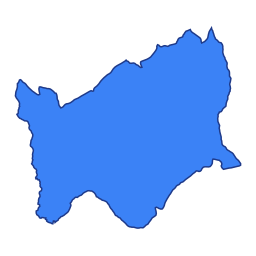 outline of Kimilili, Western, Kenya
{"feature_id": "3690345B99583391945286", "entity_name": "Kimilili", "entity_type": "district", "adm_level": 2, "iso_a3": "KEN", "parent_name": "Kenya", "parent_adm1": "Western", "projection": "robinson", "projection_center": [34.729, 0.788], "detail": "fine", "context": "isolated", "style": "filled", "palette": "blue", "viewbox_px": 256, "rotation_deg": 0, "n_neighbors": 0, "source": "geoboundaries", "source_scale": "gbopen_adm2", "svg_char_len": 5727}
<svg xmlns="http://www.w3.org/2000/svg" viewBox="0 0 256 256"><path d="M36.2,213.0L36.8,214.7L37.9,215.4L38.9,216.4L39.6,217.8L41.0,218.2L41.9,217.5L43.2,217.6L44.5,218.0L45.8,218.0L45.5,219.4L46.8,219.9L46.7,221.1L47.9,222.0L49.2,222.6L50.7,222.9L51.6,223.5L52.8,223.8L53.4,221.0L54.7,221.1L55.0,222.5L56.2,221.4L58.1,220.2L58.7,218.7L60.0,217.8L60.9,216.7L62.0,216.4L64.1,215.2L65.2,214.2L66.7,213.1L68.2,211.7L69.6,209.0L70.9,205.6L70.7,204.3L70.2,203.2L71.5,201.8L72.2,200.2L72.9,199.4L73.8,198.9L74.5,198.0L75.7,197.2L77.3,197.4L79.6,195.7L81.0,195.3L82.2,194.4L83.0,193.4L84.0,192.7L85.2,192.0L86.6,191.4L87.5,190.8L89.0,190.7L90.4,191.0L91.7,191.0L93.3,192.0L94.4,192.9L95.3,194.1L96.0,195.5L96.4,196.7L97.6,197.1L99.5,198.6L100.7,199.0L101.5,199.8L102.6,200.3L104.0,200.6L106.3,201.7L107.2,202.5L107.8,203.7L108.7,204.4L110.0,207.2L110.9,208.6L111.9,209.6L113.0,211.3L113.9,212.4L115.5,215.4L116.8,215.8L117.7,216.7L118.8,217.5L120.1,218.0L121.7,220.1L122.7,220.8L125.6,223.4L126.8,224.9L128.0,226.0L129.3,226.7L132.0,227.2L133.8,227.2L136.7,228.0L137.9,228.1L139.3,228.0L140.5,227.6L143.0,227.8L144.5,226.7L145.9,225.2L147.2,224.5L148.2,223.8L148.8,222.6L150.7,220.2L152.2,217.9L154.5,216.4L155.9,215.3L156.3,213.5L156.0,211.1L155.5,209.3L155.3,207.8L156.3,207.2L157.7,207.7L158.8,208.4L159.9,208.8L161.0,209.1L162.4,208.9L163.5,207.3L164.3,205.5L164.7,203.8L165.3,202.2L166.3,200.4L166.8,199.4L168.8,196.1L169.6,194.8L170.4,193.9L171.9,191.3L172.9,189.8L174.1,188.9L175.4,187.6L176.3,186.1L177.6,185.1L178.7,184.8L179.8,183.9L180.5,182.8L181.7,182.3L182.9,181.9L184.0,181.0L185.5,179.6L189.5,176.7L190.6,175.9L192.8,173.8L194.8,172.4L196.3,170.9L197.9,171.1L199.0,171.5L200.4,171.1L201.2,170.3L202.0,168.6L203.3,167.2L204.8,166.8L206.2,166.8L208.5,166.9L210.0,166.6L211.1,165.5L211.8,164.4L212.3,163.2L212.5,160.3L213.0,159.1L214.3,159.2L218.0,160.1L219.3,160.3L221.3,162.2L221.8,163.6L221.7,164.9L221.2,165.9L221.6,167.1L222.4,168.3L223.5,169.3L228.8,168.1L231.4,167.8L236.3,166.6L239.4,165.9L240.6,165.2L240.6,163.5L239.5,162.0L238.5,160.5L236.4,158.7L235.6,157.6L233.1,153.7L232.0,152.7L229.9,151.5L228.9,150.7L227.8,150.2L226.7,149.3L226.2,148.1L225.2,146.8L224.1,146.3L223.2,145.7L222.2,144.6L221.9,143.0L221.7,140.9L221.1,139.2L221.2,138.1L221.1,136.7L219.8,131.8L219.6,129.9L219.2,128.3L219.6,125.4L218.9,124.0L218.4,122.6L217.9,121.5L217.8,119.8L217.7,118.1L218.1,116.6L218.0,114.5L218.9,113.3L219.3,112.1L220.4,111.9L221.3,111.5L222.0,110.5L222.9,108.8L224.2,107.6L225.1,106.9L225.9,106.2L226.2,103.3L226.5,102.3L227.0,100.7L227.7,99.4L227.8,97.7L227.7,96.5L228.2,95.4L229.0,94.0L229.3,92.4L230.1,91.2L230.1,89.8L230.5,88.5L230.2,86.4L229.7,84.7L229.8,83.4L230.3,81.9L230.7,79.7L230.9,78.3L230.2,77.2L229.5,76.2L229.5,72.9L229.3,71.3L228.6,70.1L227.5,68.9L227.0,66.9L226.9,65.4L227.1,64.2L227.1,62.9L226.5,61.7L225.1,59.1L224.8,57.5L224.1,56.5L223.6,55.4L222.8,52.7L222.8,51.0L223.0,49.5L222.8,47.8L222.8,46.2L222.3,44.5L221.1,42.8L219.7,42.5L218.6,42.0L217.7,40.7L216.7,39.8L215.4,38.9L215.1,37.7L214.4,36.5L213.5,33.4L213.1,32.4L212.7,30.8L211.8,29.4L211.5,27.9L210.0,30.3L209.2,31.7L208.5,34.1L207.8,37.7L207.1,39.0L204.6,41.6L203.1,42.3L201.7,43.0L201.2,41.8L200.9,39.3L200.0,37.9L194.1,33.6L192.2,32.4L190.9,31.0L190.3,29.5L187.8,30.6L186.0,31.2L184.9,32.6L184.0,34.1L183.1,35.2L182.7,36.8L181.3,37.4L179.9,37.8L178.9,38.3L178.0,39.4L177.7,40.5L176.9,41.7L176.4,43.2L175.1,43.9L169.8,45.2L168.8,45.9L167.9,46.4L165.0,45.7L163.9,45.8L162.1,46.6L161.0,46.8L159.9,46.4L158.8,45.2L157.6,44.7L156.8,46.2L156.9,47.9L156.5,49.2L155.7,50.6L154.4,52.4L150.7,57.0L148.6,58.4L146.9,59.3L141.9,61.2L140.8,61.8L140.5,63.0L140.8,64.5L141.5,66.1L141.9,67.3L140.7,67.5L139.4,66.6L138.0,65.3L136.2,64.6L135.0,63.5L133.7,63.0L131.0,63.3L129.6,63.1L128.3,61.5L126.9,61.0L126.1,60.1L125.0,61.1L121.3,63.4L117.2,65.6L115.1,67.0L113.4,68.7L110.8,72.6L109.3,73.7L107.5,74.7L106.4,75.6L105.2,76.7L104.4,77.3L102.7,79.0L101.2,80.6L100.4,81.6L98.9,83.8L98.1,84.7L97.0,85.9L94.5,87.9L93.8,89.1L93.5,90.9L92.4,91.2L91.1,90.7L89.5,91.4L84.5,94.3L81.4,96.0L78.1,98.1L75.0,99.4L74.1,99.9L72.9,101.0L71.1,102.3L70.1,102.9L68.2,103.6L66.6,103.8L65.4,104.3L64.3,105.3L63.2,106.7L61.9,107.5L60.8,107.9L59.1,105.5L58.7,103.9L58.5,102.7L58.4,101.2L57.8,100.4L57.2,98.8L57.1,96.8L56.8,95.0L56.1,93.3L54.6,92.9L53.8,91.7L51.3,89.7L50.0,88.9L48.4,88.6L47.1,88.6L45.7,88.1L43.2,87.7L40.7,86.9L39.4,87.0L38.9,88.8L39.1,90.8L39.5,92.7L39.8,94.3L38.6,94.9L37.2,94.5L35.2,93.1L33.7,92.0L32.6,91.3L31.3,90.1L28.6,87.6L26.8,85.6L26.1,84.5L25.0,83.4L22.7,82.0L21.6,80.6L20.6,79.7L19.5,80.0L19.0,81.4L18.3,82.8L17.4,83.6L17.4,86.9L16.9,89.1L15.9,91.9L15.7,93.4L15.6,94.6L15.4,95.9L16.4,98.0L18.5,100.8L19.3,102.4L19.6,103.9L19.3,105.2L19.7,106.4L19.1,107.3L19.0,108.5L18.3,110.1L18.3,111.9L18.1,113.6L16.9,114.3L17.7,115.8L18.6,117.1L19.8,118.3L20.9,118.7L21.9,119.4L23.3,120.0L24.5,120.8L26.9,121.0L28.1,122.0L28.6,123.5L29.1,124.6L29.5,125.9L29.0,127.3L29.2,128.8L30.0,129.9L31.1,130.9L31.5,132.2L32.0,133.2L32.7,134.2L32.8,135.4L32.6,136.7L32.1,138.0L31.8,139.3L31.1,140.2L30.7,143.3L30.3,145.0L30.6,146.2L31.7,147.0L32.7,148.3L33.4,150.1L33.2,151.6L32.8,153.0L32.5,154.5L32.7,156.2L32.3,158.8L32.9,159.8L32.4,161.1L32.2,162.7L31.6,163.8L33.3,165.8L33.9,167.4L35.0,168.6L36.1,169.2L36.7,170.6L36.3,171.9L36.6,173.1L37.2,174.5L37.1,175.6L36.2,176.6L35.6,177.9L36.1,179.0L37.2,178.5L38.0,179.9L39.2,179.8L39.6,181.0L40.2,182.1L39.9,183.3L40.3,184.8L40.0,186.0L40.6,187.1L41.7,188.2L41.7,189.8L41.1,190.9L40.1,191.4L39.4,192.2L39.3,193.8L39.9,194.9L40.0,196.7L38.9,198.3L38.5,200.1L38.5,201.9L38.0,203.1L38.1,204.3L39.5,204.6L39.8,206.4L38.6,207.5L38.2,208.6L37.9,210.1L36.2,211.0L36.2,213.0Z" fill="#3b82f6" stroke="#1e3a8a" stroke-width="1.5"/></svg>